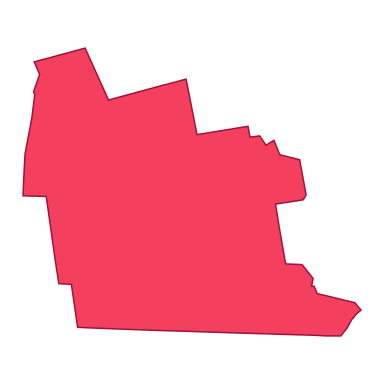 outline of Hillsborough, New Hampshire, United States of America
{"feature_id": "52423323B30528767978051", "entity_name": "Hillsborough", "entity_type": "district", "adm_level": 2, "iso_a3": "USA", "parent_name": "United States of America", "parent_adm1": "New Hampshire", "projection": "orthographic", "projection_center": [-71.618, 42.952], "detail": "fine", "context": "isolated", "style": "filled", "palette": "rose", "viewbox_px": 384, "rotation_deg": 0, "n_neighbors": 0, "source": "geoboundaries", "source_scale": "gbopen_adm2", "svg_char_len": 909}
<svg xmlns="http://www.w3.org/2000/svg" viewBox="0 0 384 384"><path d="M361.0,310.1L354.9,302.7L344.9,300.3L317.2,293.6L314.2,286.3L311.6,286.2L313.1,278.5L302.1,264.6L285.6,263.9L279.2,227.0L275.5,204.1L303.2,199.8L306.1,194.9L299.7,160.0L299.7,159.8L279.8,154.7L273.9,140.3L266.0,145.2L259.7,135.9L250.0,137.1L248.0,126.3L197.0,134.6L186.1,79.1L159.4,86.2L108.5,100.0L85.1,48.1L45.6,58.8L34.2,61.8L39.6,74.4L33.5,92.0L34.8,94.2L31.8,118.3L25.0,154.0L24.6,161.8L23.5,184.0L23.0,195.8L46.2,196.5L47.3,204.2L48.2,210.3L55.0,258.6L58.8,283.7L71.4,284.3L77.6,327.3L90.1,327.9L128.9,329.4L142.5,329.9L153.6,330.3L192.5,331.5L199.0,331.7L200.8,331.8L201.3,331.8L237.8,333.0L257.3,333.6L269.0,333.9L273.1,334.1L276.6,334.2L283.6,334.4L302.4,334.9L309.6,335.1L317.0,335.4L326.0,335.9L340.9,335.9L347.2,327.9L351.7,319.6L356.8,313.6L357.0,313.5L361.0,310.1Z" fill="#f43f5e" stroke="#9f1239" stroke-width="1.5"/></svg>